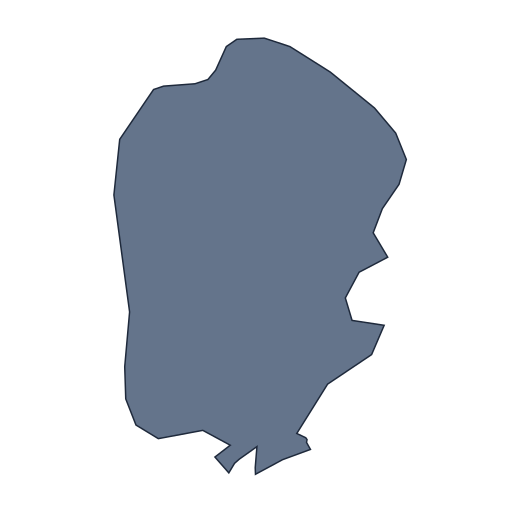 an SVG outline of Maio, rotated 183°
{"feature_id": "CPV-5054", "entity_name": "Maio", "entity_type": "state/province", "adm_level": 1, "iso_a3": "CPV", "parent_name": "Cabo Verde", "parent_adm1": "", "projection": "mercator", "projection_center": [-23.189, 15.226], "detail": "fine", "context": "isolated", "style": "filled", "palette": "slate", "viewbox_px": 512, "rotation_deg": 183, "n_neighbors": 0, "source": "natural_earth", "source_scale": "10m", "svg_char_len": 705}
<svg xmlns="http://www.w3.org/2000/svg" viewBox="0 0 512 512"><g transform="rotate(183 256 256)"><path d="M367.0,80.9L378.6,106.5L381.3,138.6L379.3,193.5L401.1,309.5L398.2,365.4L367.0,416.9L357.2,420.8L326.0,424.8L313.3,429.7L306.0,439.5L296.6,463.6L286.5,471.4L259.1,474.0L233.1,466.9L191.5,443.6L145.4,410.0L122.9,386.0L110.9,360.2L116.9,335.1L132.3,309.9L140.2,285.3L124.4,261.7L152.2,245.2L164.6,218.8L156.7,196.7L124.4,193.5L135.4,163.6L177.8,131.8L206.0,80.9L196.8,77.1L195.4,75.3L195.8,72.5L191.5,65.7L218.8,54.0L245.1,38.0L245.7,44.6L245.1,65.7L262.0,52.3L266.6,47.8L271.8,38.0L286.5,53.1L271.8,65.7L300.0,79.1L344.0,68.5L367.0,80.9Z" fill="#64748b" stroke="#1e293b" stroke-width="1.5"/></g></svg>